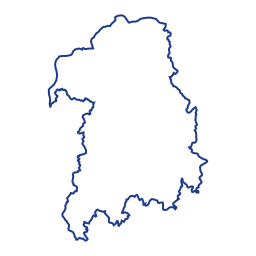 the district of Placas, Pará, Brazil
{"feature_id": "56859067B95066885708505", "entity_name": "Placas", "entity_type": "district", "adm_level": 2, "iso_a3": "BRA", "parent_name": "Brazil", "parent_adm1": "Pará", "projection": "natural_earth1", "projection_center": [-54.527, -3.914], "detail": "fine", "context": "isolated", "style": "outline", "palette": "blue", "viewbox_px": 256, "rotation_deg": 0, "n_neighbors": 0, "source": "geoboundaries", "source_scale": "gbopen_adm2", "svg_char_len": 5741}
<svg xmlns="http://www.w3.org/2000/svg" viewBox="0 0 256 256"><path d="M198.4,192.5L198.5,191.9L198.2,191.1L196.7,190.6L196.4,189.8L196.5,188.5L197.2,187.8L198.6,187.4L198.4,186.1L198.8,185.0L201.1,183.0L201.6,181.8L199.5,178.4L199.8,177.0L201.7,175.5L202.0,174.7L201.6,172.9L200.6,171.5L200.0,167.0L200.9,165.6L206.4,162.3L207.1,161.7L207.2,160.9L206.4,160.2L202.2,158.5L199.1,156.6L198.6,156.2L198.1,154.3L197.4,153.6L193.9,153.1L192.7,152.6L191.8,151.9L191.9,149.6L189.2,147.8L189.2,147.2L190.4,147.2L191.0,146.9L192.3,143.0L192.9,142.6L194.1,142.8L195.3,142.4L196.6,140.1L196.2,137.5L196.3,135.2L195.8,131.7L194.7,130.6L196.1,128.4L195.3,126.3L196.9,124.8L197.0,124.2L196.2,122.9L195.3,119.8L195.8,118.4L195.6,116.1L196.4,114.6L195.6,112.9L196.7,110.0L195.6,107.2L193.1,109.0L190.1,112.3L188.9,112.6L187.7,112.5L186.8,111.2L186.3,109.7L187.5,108.4L187.9,105.9L189.6,102.8L189.2,100.2L188.5,100.1L186.3,98.5L185.1,98.4L184.4,96.8L182.8,95.6L182.3,94.1L180.5,93.0L179.6,90.2L178.0,89.1L176.6,87.5L174.5,86.2L173.4,86.4L172.7,84.5L171.4,83.0L170.9,79.3L170.3,78.9L169.7,76.9L171.5,76.7L172.2,75.5L173.3,74.6L173.6,73.0L175.1,73.9L175.7,73.7L177.6,71.6L177.5,70.7L173.9,68.0L173.0,66.5L172.6,62.6L170.9,60.5L171.0,58.1L170.5,57.6L168.7,57.6L168.0,56.9L168.2,55.0L169.5,53.4L169.4,51.5L169.0,50.2L169.2,48.3L170.5,46.6L170.5,46.0L169.6,43.9L169.8,41.9L168.8,41.1L168.6,39.9L167.5,39.4L167.6,38.8L167.2,38.3L167.6,37.1L168.1,36.6L170.4,35.6L170.7,33.5L170.0,32.4L168.2,32.4L167.8,30.8L167.3,30.4L164.6,30.7L163.6,30.0L163.8,29.3L165.5,27.1L165.8,24.0L159.3,22.5L155.9,18.9L151.0,17.7L147.7,17.6L143.5,18.2L140.4,18.9L138.5,20.4L135.9,21.6L132.7,21.6L129.1,22.6L128.6,22.4L125.3,17.5L123.9,16.2L122.5,15.5L120.8,15.4L117.7,15.8L115.2,17.2L115.4,20.3L111.5,23.9L110.1,26.0L107.3,25.9L105.3,26.8L103.3,26.9L100.0,29.8L98.9,31.5L96.4,33.3L94.8,35.4L93.9,37.3L91.8,38.7L90.9,41.3L93.1,48.4L87.5,48.7L86.0,49.1L84.8,48.9L83.5,48.1L82.6,48.3L82.3,49.6L79.0,48.5L75.2,49.4L73.4,51.0L71.9,54.1L70.9,55.0L66.7,55.9L61.2,56.1L59.0,56.6L58.1,58.2L56.6,59.4L55.7,61.4L55.1,64.4L55.7,68.7L56.2,69.6L57.0,74.0L57.1,75.4L56.3,80.4L53.9,84.7L49.8,88.3L48.8,89.8L49.0,94.5L49.6,96.3L50.2,99.7L49.7,104.1L50.3,106.6L50.8,106.2L50.9,104.0L52.7,103.1L54.1,101.7L56.0,101.2L56.3,100.4L55.7,99.1L55.8,98.3L56.8,97.6L56.8,97.0L57.5,96.1L55.4,94.0L54.9,92.5L56.0,91.8L56.5,90.3L57.1,89.7L57.7,89.4L59.1,90.5L60.0,89.6L60.7,89.9L61.1,89.2L61.7,89.5L62.3,88.9L63.2,89.9L64.1,90.3L64.6,89.8L66.1,90.6L67.3,94.9L68.7,95.7L70.5,98.6L71.5,99.4L72.2,99.4L74.2,98.0L77.0,99.8L78.9,99.7L80.9,100.6L81.7,100.4L83.4,101.2L84.4,99.9L85.0,99.8L85.2,98.5L85.8,98.3L87.7,99.3L88.0,99.9L89.1,100.2L90.5,101.7L91.1,101.6L93.2,102.9L94.0,102.7L93.3,104.2L93.3,107.3L92.2,108.0L91.4,110.4L90.6,110.2L89.8,110.6L89.7,112.1L90.3,113.2L90.2,113.9L89.1,114.4L88.0,113.7L86.7,113.6L83.4,115.1L83.0,115.8L82.6,117.2L83.9,119.0L84.9,122.4L84.6,123.0L83.4,123.5L83.0,124.1L83.0,125.9L80.5,128.0L79.8,129.2L79.6,130.6L78.0,131.9L77.9,132.5L78.3,133.0L79.8,133.6L83.5,132.4L83.4,135.5L84.3,137.2L82.4,138.9L82.5,139.5L83.6,141.1L82.4,143.2L82.7,144.5L84.0,146.0L85.8,149.5L86.1,151.4L86.0,153.0L85.3,153.5L81.4,154.8L80.3,154.8L79.6,155.3L79.4,156.0L78.2,155.9L77.7,157.1L78.2,158.0L79.4,158.8L79.1,159.4L77.8,160.2L77.9,160.8L79.4,161.8L79.1,163.8L79.3,164.4L80.0,164.7L80.0,165.9L79.0,167.9L80.1,170.4L78.2,170.8L77.7,172.2L74.8,172.4L73.9,172.9L73.3,173.3L72.8,174.8L73.3,176.3L72.4,181.6L73.6,184.1L73.4,184.8L76.4,186.4L76.9,187.3L76.9,190.8L76.4,191.3L75.3,191.2L74.6,191.6L73.7,193.2L72.4,193.5L70.9,193.0L70.1,194.7L67.2,198.0L68.0,201.6L66.9,201.9L66.5,202.6L66.6,203.4L65.4,205.2L65.2,206.2L65.7,207.5L65.4,208.9L63.9,211.8L62.8,212.9L62.3,214.6L62.7,216.2L65.0,219.2L65.3,220.1L66.6,221.0L67.0,222.1L68.9,224.7L69.2,226.0L68.3,228.8L68.8,230.2L71.4,231.2L73.3,232.5L74.4,234.8L74.7,236.7L75.6,237.6L76.2,239.6L77.6,239.6L78.7,238.3L79.6,237.9L81.9,238.8L83.2,238.6L85.1,240.5L85.8,240.6L87.3,239.7L87.6,238.9L84.5,234.6L83.9,233.0L84.5,232.4L86.9,231.7L87.6,229.9L87.1,229.4L86.5,229.6L86.1,229.1L87.2,228.0L86.8,227.3L84.5,226.3L83.8,225.2L83.6,224.6L84.3,223.3L84.3,221.9L84.8,221.9L85.3,222.8L89.0,223.5L89.5,221.7L91.3,219.8L92.7,216.6L93.8,215.3L94.6,215.5L95.1,216.3L95.7,216.6L96.3,216.0L95.0,212.4L96.3,210.4L97.6,209.6L98.8,210.5L103.1,211.8L105.0,211.2L105.1,212.0L104.7,212.8L105.0,213.4L109.0,217.8L108.9,220.5L109.1,221.9L109.6,222.7L111.6,222.8L112.8,223.5L113.9,225.3L116.0,223.2L116.9,221.0L117.5,221.2L118.1,222.1L118.4,225.5L119.0,225.8L120.0,224.2L121.1,223.3L121.7,220.7L123.9,221.8L125.5,219.1L127.2,218.8L127.7,218.2L128.0,217.7L127.6,216.2L129.3,215.5L128.6,214.1L126.9,213.0L125.3,212.4L122.2,213.1L122.1,212.1L123.2,210.4L123.6,208.4L124.6,206.9L125.4,202.4L126.4,201.4L126.3,200.0L126.7,199.4L127.7,199.5L128.1,199.1L130.0,196.5L131.0,196.0L132.5,195.9L134.7,196.8L134.9,196.0L136.8,194.9L137.3,195.1L139.3,199.6L139.8,200.1L141.8,198.8L142.3,199.1L143.4,202.2L143.5,204.6L145.2,203.8L144.8,204.9L145.7,205.7L147.3,205.4L148.5,204.0L149.9,200.7L151.6,199.2L153.0,199.2L157.3,200.6L158.3,203.0L162.5,202.4L162.9,203.1L163.1,204.8L163.0,208.9L163.3,209.5L164.2,209.9L166.9,209.7L169.3,207.6L170.4,207.2L173.5,207.3L175.2,209.2L176.3,207.9L176.3,207.3L175.9,206.8L173.3,204.8L173.1,204.2L173.2,203.3L177.3,199.9L178.8,199.2L178.8,198.6L177.8,197.9L177.9,195.6L179.4,194.8L180.1,194.1L180.2,193.2L179.2,192.4L179.0,191.5L180.4,188.9L180.9,186.6L182.1,186.4L182.3,185.4L181.6,183.2L181.3,180.9L181.7,179.1L182.1,178.7L182.6,179.5L182.7,181.7L186.5,184.7L187.6,187.2L188.1,187.6L191.8,186.3L193.0,186.8L192.9,187.7L191.7,189.5L191.7,190.7L192.2,191.9L192.8,192.1L194.7,190.8L196.5,192.3L197.3,192.7L198.4,192.5Z" fill="none" stroke="#1e3a8a" stroke-width="2"/></svg>